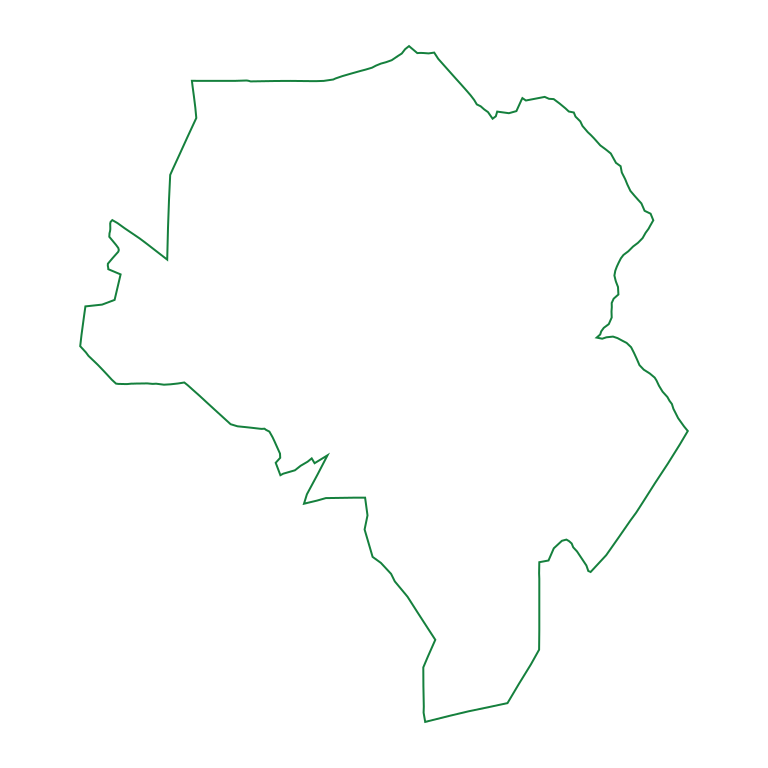 Eldama Ravine, Rift Valley, Kenya (Mercator projection)
{"feature_id": "3690345B15109287371985", "entity_name": "Eldama Ravine", "entity_type": "district", "adm_level": 2, "iso_a3": "KEN", "parent_name": "Kenya", "parent_adm1": "Rift Valley", "projection": "mercator", "projection_center": [35.716, -0.006], "detail": "fine", "context": "isolated", "style": "outline", "palette": "green", "viewbox_px": 768, "rotation_deg": 0, "n_neighbors": 0, "source": "geoboundaries", "source_scale": "gbopen_adm2", "svg_char_len": 3495}
<svg xmlns="http://www.w3.org/2000/svg" viewBox="0 0 768 768"><path d="M112.3,220.1L110.6,221.9L110.2,223.5L110.3,227.7L110.3,229.1L110.1,230.9L109.5,233.3L109.3,236.8L116.1,245.0L118.3,248.0L118.8,250.0L118.3,251.7L112.7,258.0L107.9,263.7L107.8,265.7L108.2,267.7L108.3,269.2L120.6,274.4L114.6,299.9L102.1,304.6L85.4,306.4L84.0,316.4L81.5,334.9L80.2,346.2L85.9,352.4L88.5,355.9L97.6,364.6L102.9,370.1L107.3,374.8L111.8,379.7L116.0,383.6L118.2,383.9L126.9,384.1L131.0,383.7L135.3,383.6L136.9,383.5L140.7,383.5L147.2,383.4L152.6,383.9L156.1,383.7L164.0,384.7L170.5,384.3L177.9,383.5L184.3,382.5L187.7,385.2L192.6,389.6L199.8,396.0L206.4,402.1L214.8,409.8L223.7,417.9L230.6,424.2L237.5,426.3L242.4,426.8L244.5,427.0L251.9,427.8L257.9,428.5L259.6,428.7L261.7,428.9L264.5,428.7L265.9,429.8L269.4,431.6L272.6,437.3L274.3,440.9L277.3,447.6L280.0,453.6L280.2,457.8L275.7,462.8L280.4,475.2L283.2,473.7L294.9,470.3L300.6,465.8L307.6,461.7L311.7,458.4L314.6,463.2L327.5,455.3L317.7,474.2L306.9,494.3L304.0,503.7L317.0,500.6L325.8,498.1L352.6,497.7L365.1,497.7L367.5,515.4L364.6,529.5L370.1,548.3L372.6,556.9L380.9,562.9L391.1,573.9L394.8,581.4L407.5,596.7L417.6,612.5L428.4,629.2L435.3,639.8L427.7,657.0L423.3,667.4L423.4,685.8L423.8,706.7L423.6,712.7L425.2,721.9L450.5,715.6L468.6,711.3L489.8,706.9L507.5,703.1L518.9,683.9L530.9,664.4L539.1,649.7L539.3,630.0L539.3,611.3L539.3,592.4L539.3,578.7L539.1,573.4L539.3,562.2L548.5,560.5L553.8,548.3L561.9,540.8L566.4,539.6L567.8,540.4L569.0,541.1L571.7,543.5L573.2,547.3L577.0,551.4L581.0,557.4L586.4,565.5L588.3,571.0L590.6,572.0L606.2,555.2L618.7,537.4L630.4,520.5L636.2,512.6L642.7,502.5L654.9,483.3L667.8,463.7L679.8,444.5L687.8,431.0L684.1,426.5L679.8,420.5L678.1,418.1L675.7,413.3L673.4,408.8L671.9,404.0L669.5,400.8L667.4,397.0L662.6,391.7L659.0,385.8L656.5,380.5L654.7,377.6L649.8,373.5L643.8,369.7L639.5,365.2L636.9,359.2L634.0,352.9L631.1,347.2L626.6,342.9L622.7,340.9L617.5,338.1L613.0,336.6L606.4,337.3L602.2,338.7L596.7,337.6L600.2,334.5L601.2,331.4L603.8,327.8L608.8,324.1L611.7,317.5L611.5,311.5L611.8,307.2L611.7,303.0L613.7,298.6L618.4,294.5L618.0,287.0L616.0,281.8L615.5,280.1L614.4,275.5L615.3,270.7L616.8,266.7L618.7,262.6L620.9,258.3L623.5,254.9L628.3,251.3L633.1,246.5L637.9,242.9L642.6,238.1L645.6,232.8L647.8,229.8L648.6,228.7L650.1,225.9L651.3,223.8L653.3,220.3L650.6,213.7L644.6,210.8L641.4,203.4L638.1,199.8L634.3,195.5L630.4,190.9L627.3,184.4L625.2,179.2L621.8,172.5L620.6,166.2L616.0,162.9L613.6,158.6L610.8,153.5L605.7,149.4L600.3,145.4L597.1,141.8L593.8,138.1L590.9,135.1L587.8,132.2L582.5,126.0L580.3,121.4L575.5,116.6L573.8,112.5L568.8,111.5L565.5,108.4L559.7,103.6L553.7,99.1L549.0,98.8L544.7,96.9L525.9,100.5L522.4,98.1L521.3,100.3L516.4,111.1L508.9,113.2L497.2,111.6L495.8,116.3L492.6,118.7L488.0,112.1L484.2,109.4L480.7,106.3L476.8,104.4L474.2,100.0L470.6,95.3L466.8,90.9L460.7,84.0L455.9,78.7L450.2,72.3L443.7,65.0L438.2,58.8L434.2,52.6L428.6,53.4L423.2,53.0L420.2,52.9L417.3,53.1L409.0,46.1L405.1,49.2L401.8,53.5L397.9,56.0L391.7,60.2L386.0,62.2L380.9,63.6L376.0,65.6L372.0,67.7L365.6,69.6L360.3,71.0L350.7,73.7L342.4,76.1L335.4,78.5L333.3,79.5L323.7,80.9L317.4,81.1L309.0,81.1L290.3,80.9L275.4,81.0L250.6,81.4L248.5,80.8L246.7,80.5L234.0,80.9L220.8,80.9L202.9,80.9L191.9,80.8L192.6,86.6L194.0,97.0L195.3,107.5L196.3,118.0L187.3,137.4L179.2,155.2L172.7,169.3L170.2,174.9L169.0,200.0L168.0,227.9L167.2,259.6L146.8,243.8L139.6,238.4L124.7,228.3L117.5,223.1L112.3,220.1Z" fill="none" stroke="#15803d" stroke-width="2"/></svg>